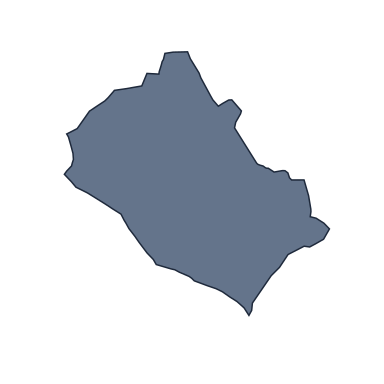 outline of Dutsi, Katsina, Nigeria, rotated 153°
{"feature_id": "59680162B60349541451220", "entity_name": "Dutsi", "entity_type": "district", "adm_level": 2, "iso_a3": "NGA", "parent_name": "Nigeria", "parent_adm1": "Katsina", "projection": "natural_earth1", "projection_center": [8.146, 12.921], "detail": "fine", "context": "isolated", "style": "filled", "palette": "slate", "viewbox_px": 384, "rotation_deg": 153, "n_neighbors": 0, "source": "geoboundaries", "source_scale": "gbopen_adm2", "svg_char_len": 1436}
<svg xmlns="http://www.w3.org/2000/svg" viewBox="0 0 384 384"><g transform="rotate(153 192 192)"><path d="M285.6,238.7L274.7,220.6L270.1,212.5L265.3,204.5L265.3,197.6L265.0,194.2L264.8,187.9L263.0,178.4L262.0,171.1L259.7,158.0L257.1,149.4L256.8,143.6L245.6,133.0L242.6,130.5L239.7,126.3L232.9,118.1L231.5,115.4L230.3,111.8L226.6,107.8L221.0,101.7L214.5,95.0L210.2,89.3L208.3,85.7L205.8,81.0L201.6,73.9L198.2,65.1L197.3,56.2L192.6,59.4L188.6,65.6L159.4,81.5L148.3,85.1L134.8,92.7L116.7,92.8L112.1,89.6L104.3,89.8L96.2,90.2L86.3,96.7L88.6,104.3L93.3,112.3L97.9,116.3L95.0,120.4L93.9,122.8L89.8,135.8L86.7,151.9L91.7,154.4L97.8,157.5L98.7,160.4L97.9,165.5L99.5,168.8L101.7,170.0L109.8,172.5L113.3,178.6L114.6,179.2L115.6,180.3L116.8,182.8L118.2,184.1L119.5,185.3L120.9,187.0L121.3,188.3L122.1,197.1L125.0,229.8L121.4,234.3L113.3,239.6L111.2,241.8L114.7,256.0L116.0,256.6L117.5,257.3L124.5,257.0L129.6,256.5L131.6,264.6L131.8,269.3L132.3,289.7L131.7,294.8L133.0,311.4L132.3,318.9L145.4,325.2L153.2,327.8L157.0,323.4L157.5,322.9L159.3,321.8L161.9,318.9L164.4,316.3L166.5,314.2L168.0,312.1L178.3,318.1L188.6,309.3L204.5,314.2L215.0,317.8L217.0,316.9L218.3,316.4L223.9,314.1L228.4,312.7L236.5,311.8L246.6,310.6L265.5,300.6L277.3,300.6L277.1,297.1L278.8,288.4L280.5,280.5L282.9,274.8L285.6,272.1L287.5,269.9L294.2,267.5L297.7,265.7L295.9,259.6L294.8,256.0L293.2,248.9L285.6,238.7Z" fill="#64748b" stroke="#1e293b" stroke-width="1.5"/></g></svg>